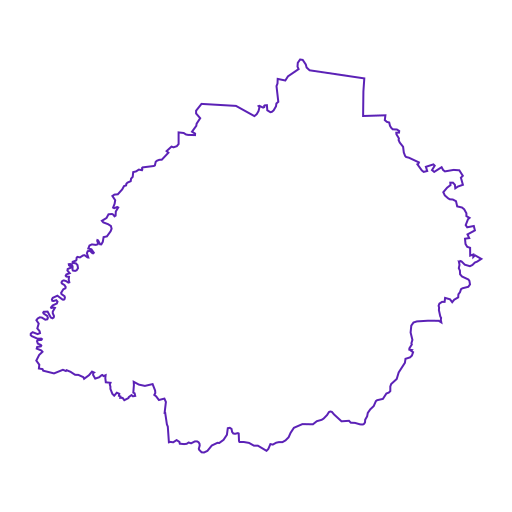 Ayapel, Córdoba, Colombia
{"feature_id": "7082276B48600116890158", "entity_name": "Ayapel", "entity_type": "district", "adm_level": 2, "iso_a3": "COL", "parent_name": "Colombia", "parent_adm1": "Córdoba", "projection": "albers", "projection_center": [-75.075, 8.281], "detail": "fine", "context": "isolated", "style": "outline", "palette": "violet", "viewbox_px": 512, "rotation_deg": 0, "n_neighbors": 0, "source": "geoboundaries", "source_scale": "gbopen_adm2", "svg_char_len": 5969}
<svg xmlns="http://www.w3.org/2000/svg" viewBox="0 0 512 512"><path d="M481.3,258.9L475.0,255.3L473.3,257.0L473.3,254.5L470.2,255.6L470.1,247.8L467.2,246.8L465.5,244.0L465.0,238.7L469.2,238.1L467.5,234.4L474.9,230.4L473.8,226.0L467.2,227.3L465.7,225.1L468.0,219.2L469.5,217.9L466.4,216.1L466.4,213.3L464.2,209.3L462.0,207.5L457.2,206.4L456.0,201.2L452.8,199.5L449.8,199.3L448.1,198.3L444.8,195.4L443.3,192.2L447.1,187.7L450.5,185.1L450.3,182.7L453.0,182.7L454.9,184.8L455.3,188.3L458.0,186.5L462.9,184.8L460.9,177.7L462.8,175.8L459.3,170.3L453.6,169.9L444.9,171.4L443.1,170.0L441.6,167.2L434.2,171.9L432.0,170.1L434.7,165.7L433.4,164.4L425.9,166.8L427.2,171.0L423.7,171.9L421.8,170.4L417.4,164.3L418.3,163.8L418.9,162.4L408.9,157.7L406.1,157.0L405.1,155.9L403.8,152.5L403.1,146.8L399.7,142.5L398.6,140.0L398.9,138.4L396.4,134.2L396.3,132.7L399.0,132.6L399.2,131.0L396.9,129.5L392.7,129.3L391.2,127.8L390.0,125.8L389.2,122.5L386.9,121.9L384.8,120.1L385.4,115.3L363.1,116.0L363.4,91.4L364.3,78.4L309.6,70.3L306.6,67.5L305.8,64.5L302.7,59.9L300.1,59.5L297.8,62.8L297.5,66.6L298.6,69.1L288.0,76.3L285.3,80.5L277.7,78.9L277.5,83.5L276.5,86.1L278.3,101.8L276.4,103.5L276.0,106.3L273.6,110.4L271.8,111.9L270.4,112.2L267.3,110.3L266.9,105.2L264.7,105.4L264.2,105.8L264.2,107.1L263.1,107.6L259.3,105.8L258.6,106.1L259.5,107.2L258.5,111.1L256.7,114.2L254.4,116.1L236.0,105.9L201.5,103.9L196.1,110.7L196.1,113.5L200.2,118.2L196.6,123.7L196.3,125.8L192.0,131.7L195.1,133.6L195.0,135.1L188.1,134.9L186.0,134.5L183.7,133.0L178.6,132.4L178.6,144.0L176.8,146.2L173.5,147.3L171.5,146.6L166.6,151.1L168.4,152.7L161.8,159.7L159.3,159.8L157.0,160.7L155.7,161.8L154.9,165.4L153.8,166.0L142.6,167.4L142.0,168.1L142.3,169.5L142.0,170.2L138.8,169.6L136.1,171.4L133.2,172.1L132.7,176.9L131.1,178.6L130.7,181.2L127.5,182.6L126.4,183.7L126.1,185.4L124.0,186.1L122.2,189.4L117.8,194.3L114.4,194.6L112.4,196.0L115.2,200.2L114.6,203.8L113.1,207.6L114.2,208.2L117.2,207.0L118.2,207.5L115.8,211.5L115.6,215.6L114.5,216.3L113.2,214.6L112.0,214.0L108.5,214.3L106.5,218.0L101.9,220.8L103.3,222.4L108.1,224.2L110.9,226.0L111.6,228.7L110.6,231.3L106.9,236.4L103.6,237.1L102.8,241.8L101.3,244.4L100.1,244.3L98.1,240.4L97.4,240.1L97.2,240.9L98.1,243.2L97.7,244.3L95.8,244.9L91.9,244.4L89.5,245.5L88.3,248.5L91.4,249.3L93.8,252.7L93.3,253.3L92.4,253.2L89.9,250.8L87.7,251.2L86.9,253.2L88.3,257.5L87.5,257.4L84.6,255.2L83.1,255.4L80.0,257.4L77.4,256.9L76.6,257.8L76.5,259.8L75.9,260.6L72.7,261.8L72.5,263.0L75.8,263.3L77.5,265.1L78.0,268.2L76.6,270.3L75.2,270.9L73.0,270.6L72.5,269.8L72.6,266.5L72.1,265.1L70.2,264.0L68.8,264.2L69.0,265.3L71.0,266.7L71.3,267.5L67.7,269.0L67.4,270.5L69.7,273.2L66.4,274.4L65.7,275.8L66.4,276.6L69.0,276.8L68.7,279.6L69.3,282.3L68.3,282.6L66.1,281.1L63.8,280.4L62.4,280.9L61.5,282.3L61.8,283.4L64.5,285.1L65.7,287.0L65.4,288.3L63.3,289.3L61.1,292.9L61.5,294.1L64.5,296.2L64.9,297.5L64.5,299.1L63.8,299.7L62.6,299.6L57.4,295.7L52.8,297.8L51.9,299.4L52.3,300.8L53.6,301.0L56.3,300.2L57.5,301.7L56.8,303.5L52.7,305.4L51.0,307.4L51.3,308.0L53.5,307.5L54.9,307.9L52.8,311.5L52.7,313.1L54.0,316.1L53.7,317.5L52.5,318.3L50.8,317.5L47.6,311.6L43.7,311.8L43.2,312.7L43.7,313.6L47.2,315.9L47.9,317.9L47.3,319.3L45.3,319.7L41.9,317.6L39.8,317.3L37.7,318.5L36.4,320.2L38.7,323.6L37.3,328.4L39.6,331.2L40.0,333.1L37.6,334.1L32.7,332.2L30.8,333.6L30.7,335.1L31.7,336.1L37.5,338.7L41.2,338.6L41.9,339.1L41.4,339.9L37.7,340.2L37.0,341.1L37.8,343.6L40.8,344.9L41.3,345.6L40.8,346.4L37.2,346.9L36.7,348.6L41.4,350.5L42.5,351.8L39.2,354.9L36.3,360.6L39.3,364.7L38.9,368.5L42.5,369.1L43.2,370.7L54.0,373.4L62.9,369.8L65.9,371.0L66.6,370.2L70.5,371.8L75.1,374.8L78.4,374.9L83.4,377.2L84.1,378.8L89.0,375.2L92.0,371.6L94.0,372.5L93.2,373.1L93.1,374.9L95.2,378.6L99.1,377.3L101.6,375.2L102.4,375.0L103.5,376.1L105.6,375.2L105.3,378.1L105.8,382.3L110.5,382.8L109.8,384.6L110.4,386.5L110.4,388.9L112.4,393.9L114.2,395.7L116.8,392.7L119.3,393.8L118.9,395.8L120.5,396.5L120.2,397.8L122.6,397.9L124.3,400.2L128.4,398.1L128.8,397.1L131.5,395.1L132.9,396.3L135.2,395.9L134.6,393.3L133.3,392.6L133.9,385.1L133.7,381.8L138.9,384.6L144.9,385.9L152.6,384.1L155.1,390.5L155.3,393.0L154.3,394.9L156.1,396.3L158.9,400.0L164.4,398.6L165.9,402.0L164.6,412.9L165.2,412.9L166.9,424.4L167.8,426.6L168.9,442.3L170.4,441.9L173.2,442.3L176.6,440.1L179.4,441.9L179.8,443.7L184.1,444.1L186.7,443.8L188.6,442.5L191.1,443.3L194.9,441.4L197.1,441.4L198.5,442.2L199.5,443.7L199.7,445.5L198.8,448.8L199.1,449.7L201.6,452.3L204.0,452.5L207.4,450.9L211.8,445.5L217.5,442.8L219.2,443.0L223.5,439.9L226.9,434.8L227.8,428.2L229.8,427.8L231.5,428.9L232.1,431.9L233.3,433.5L235.1,433.8L237.9,433.1L238.7,433.5L239.0,441.0L239.5,442.0L243.8,442.0L249.0,442.9L254.0,445.7L257.9,445.7L266.5,450.8L268.3,449.0L270.4,444.1L272.8,444.6L276.2,442.7L279.0,442.1L282.5,442.1L285.5,440.4L288.6,437.3L290.6,432.8L293.9,427.8L302.4,424.1L312.9,424.3L316.8,421.2L321.7,419.8L323.6,418.6L327.1,415.0L328.9,412.1L330.3,411.5L331.9,411.9L334.0,414.4L341.5,421.3L349.0,420.8L350.8,422.7L355.0,422.9L360.2,424.4L362.9,424.5L364.1,423.8L365.0,422.4L365.2,419.7L367.1,416.4L367.8,412.9L370.3,409.3L373.7,406.1L375.9,401.1L377.1,400.2L382.9,398.9L386.4,393.5L388.8,392.6L390.3,391.1L390.3,386.5L391.2,384.0L396.7,379.0L398.7,372.4L404.9,362.8L405.5,358.8L410.0,357.4L411.9,355.6L413.1,352.2L411.0,350.7L411.7,350.0L409.3,349.6L409.4,348.3L411.8,344.5L411.4,343.3L412.4,339.9L410.6,332.5L411.3,325.6L413.5,322.5L416.9,321.4L428.4,320.7L438.7,320.8L441.3,322.4L440.8,319.9L441.1,317.9L440.3,316.5L438.9,310.1L439.1,307.5L438.6,305.8L439.4,303.6L442.0,301.9L444.6,301.9L445.1,297.9L450.0,299.3L452.2,302.2L454.2,299.7L458.2,297.4L458.4,294.3L460.0,292.2L461.0,289.2L462.4,288.3L468.3,286.8L470.0,284.4L469.4,280.9L468.4,279.5L462.0,276.5L460.1,274.3L459.9,270.5L458.8,268.2L459.5,264.8L458.9,261.8L459.5,262.1L460.2,261.0L461.5,261.4L464.8,264.7L469.9,266.2L472.4,265.0L474.9,262.5L477.2,261.6L481.3,258.9Z" fill="none" stroke="#5b21b6" stroke-width="2"/></svg>